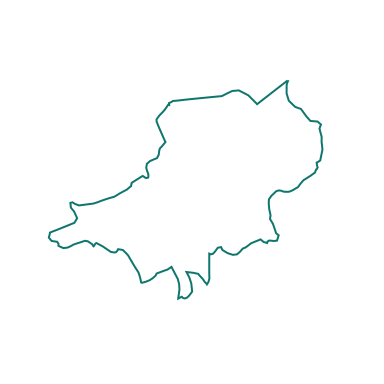 outline of Tamy Al-Amdid, Ad Daqahliyah, Egypt, rotated 327°
{"feature_id": "37247803B352337860507", "entity_name": "Tamy Al-Amdid", "entity_type": "district", "adm_level": 2, "iso_a3": "EGY", "parent_name": "Egypt", "parent_adm1": "Ad Daqahliyah", "projection": "equal_earth", "projection_center": [31.578, 30.948], "detail": "fine", "context": "isolated", "style": "outline", "palette": "teal", "viewbox_px": 384, "rotation_deg": 327, "n_neighbors": 0, "source": "geoboundaries", "source_scale": "gbopen_adm2", "svg_char_len": 2978}
<svg xmlns="http://www.w3.org/2000/svg" viewBox="0 0 384 384"><g transform="rotate(327 192 192)"><path d="M332.8,151.3L331.9,150.6L311.9,152.3L294.4,153.8L294.2,152.4L291.9,141.6L286.6,132.3L280.8,129.2L275.6,128.5L269.2,127.8L267.1,126.7L260.8,123.4L247.7,116.6L236.6,110.9L230.3,107.8L225.6,105.3L224.5,105.3L223.5,105.3L221.2,104.9L220.3,106.5L219.8,105.8L213.9,108.2L211.8,108.8L206.6,110.0L203.8,111.0L201.8,111.8L200.7,113.6L199.7,118.5L198.2,127.5L197.2,133.7L197.0,135.6L191.7,137.3L189.0,137.9L187.4,139.1L184.3,142.7L181.1,144.5L177.9,143.9L173.7,143.2L169.5,143.8L166.8,146.8L165.8,149.9L165.2,152.9L164.2,154.8L163.1,156.0L161.0,155.3L159.4,151.7L157.3,151.6L149.9,151.5L146.3,151.5L144.1,153.9L143.1,153.9L138.9,154.5L130.4,153.8L124.6,153.7L118.8,152.0L118.3,151.8L110.9,149.9L107.8,149.3L103.0,148.0L89.9,141.7L87.2,138.0L86.2,135.6L84.1,134.9L83.5,136.0L81.9,139.2L82.5,144.1L81.4,151.4L76.6,153.8L56.7,149.9L54.0,149.3L50.8,148.7L50.3,149.3L47.1,152.3L47.3,153.9L47.6,156.6L51.8,160.3L51.8,162.7L50.7,164.5L53.5,168.9L57.2,170.8L60.9,171.4L63.5,171.5L66.2,172.1L70.9,173.4L75.6,174.6L77.7,176.5L78.8,179.0L79.8,181.4L79.8,183.9L80.3,183.9L81.4,183.3L83.0,182.7L84.0,182.7L84.8,184.1L87.7,189.4L88.2,190.7L90.3,195.6L91.3,198.0L94.0,200.5L95.5,201.1L97.6,200.5L98.8,199.7L99.2,200.0L101.8,202.4L102.4,203.0L103.4,207.3L103.7,209.2L103.9,210.4L103.4,220.8L103.3,223.8L103.3,230.0L102.8,232.4L101.7,236.1L101.2,237.3L100.1,240.3L100.6,240.9L102.7,241.6L104.8,242.2L108.5,242.9L112.2,242.9L115.9,242.3L118.0,241.1L126.4,243.0L129.1,243.7L132.2,243.7L134.0,243.6L132.7,257.2L131.1,262.1L128.4,266.9L124.2,271.8L123.1,273.0L122.4,273.9L126.3,274.2L126.8,276.1L127.9,277.3L130.0,277.9L133.1,277.4L137.9,275.6L141.6,268.3L143.2,262.2L143.8,256.1L149.0,260.4L152.7,264.1L152.7,265.3L153.2,268.4L153.7,270.8L153.7,274.5L154.2,276.4L154.2,277.6L156.8,276.4L159.5,274.0L162.1,269.7L172.9,253.1L173.8,254.5L175.9,255.2L178.5,254.6L183.3,252.8L186.4,254.1L185.9,257.1L188.5,262.6L192.1,267.0L195.8,268.8L199.5,268.3L203.7,267.1L206.9,267.7L213.7,267.2L223.7,269.1L224.8,272.8L227.2,275.7L228.4,274.7L230.0,274.7L231.1,275.3L232.6,276.6L234.2,277.8L236.8,279.1L241.1,275.5L240.1,272.4L240.9,269.3L242.5,263.0L242.6,261.5L242.7,257.2L245.1,254.4L245.5,253.6L247.4,248.5L250.3,243.1L252.2,240.5L252.8,239.9L254.4,239.3L256.6,238.4L262.1,237.4L263.0,237.2L265.6,237.9L267.7,239.7L268.8,241.4L271.0,243.1L272.5,244.0L273.6,244.7L277.7,245.4L281.9,245.5L283.3,245.7L285.1,245.0L288.8,243.7L292.1,242.8L293.5,242.9L298.9,242.9L299.3,243.0L302.5,242.8L305.1,242.7L305.7,242.7L308.3,240.7L309.0,240.8L310.8,239.8L311.2,238.0L312.6,235.2L313.4,235.4L316.7,235.4L324.4,227.6L326.1,224.4L327.5,221.6L327.8,220.8L329.9,217.7L330.8,216.3L332.4,211.3L333.5,208.2L334.3,207.6L334.9,207.1L336.9,205.7L335.7,201.3L330.0,196.9L329.1,190.9L328.6,181.7L326.6,179.1L324.9,176.8L322.9,168.2L325.0,160.9L329.8,153.6L332.3,151.6L332.8,151.3Z" fill="none" stroke="#0f766e" stroke-width="2"/></g></svg>